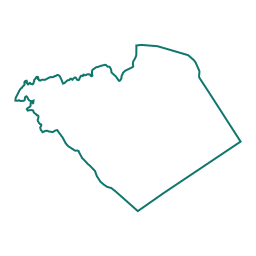 map outline of Homs (Hims) (Equal Earth projection)
{"feature_id": "SYR-139", "entity_name": "Homs (Hims)", "entity_type": "Province", "adm_level": 1, "iso_a3": "SYR", "parent_name": "Syria", "parent_adm1": "", "projection": "equal_earth", "projection_center": [37.187, 34.261], "detail": "fine", "context": "isolated", "style": "outline", "palette": "teal", "viewbox_px": 256, "rotation_deg": 0, "n_neighbors": 0, "source": "natural_earth", "source_scale": "10m", "svg_char_len": 4920}
<svg xmlns="http://www.w3.org/2000/svg" viewBox="0 0 256 256"><path d="M30.8,101.1L29.5,100.6L28.4,99.5L27.1,96.9L26.3,96.3L25.1,97.2L24.9,97.8L24.9,99.2L24.7,99.9L24.2,100.5L23.6,100.8L20.3,101.0L20.0,100.8L19.3,100.3L19.0,100.2L18.7,100.3L18.0,100.7L17.8,100.8L15.4,100.6L15.5,99.8L15.6,98.4L15.7,97.9L19.5,90.4L20.8,88.5L21.0,88.3L21.4,88.2L21.6,88.0L21.9,87.8L22.7,86.5L24.2,85.2L24.3,84.9L24.4,84.7L24.5,84.6L24.5,84.1L24.4,83.4L24.4,83.1L24.4,82.8L24.5,82.1L24.7,81.6L24.8,81.5L25.1,81.2L25.5,81.0L26.6,80.7L26.9,81.4L26.9,81.6L26.7,81.8L26.4,82.3L26.3,82.5L26.5,82.7L26.8,82.9L27.1,83.2L27.6,84.0L27.8,84.3L28.1,84.4L28.3,84.4L28.4,84.2L29.1,83.2L29.4,83.0L29.6,82.9L30.0,82.9L30.2,83.1L30.3,83.2L30.7,83.9L32.4,84.3L32.6,84.3L32.9,84.2L33.0,84.0L33.4,83.4L33.5,83.3L33.5,83.1L33.6,82.5L33.6,82.3L33.7,82.1L34.0,81.7L34.1,81.4L34.2,81.2L34.1,80.7L34.1,80.2L35.5,78.5L35.9,77.7L36.4,77.1L36.5,77.0L36.6,76.9L37.1,76.8L37.3,76.8L37.5,76.8L37.9,77.0L38.0,77.1L38.1,77.3L38.2,77.6L38.1,77.8L38.0,78.0L37.8,78.3L37.7,78.4L37.7,78.6L37.7,78.8L37.8,78.9L37.9,79.0L38.3,79.0L38.5,79.1L38.8,79.3L38.8,79.9L38.9,80.1L39.1,80.3L39.6,80.5L39.9,80.6L40.2,80.6L40.3,80.6L40.5,80.5L41.2,80.0L42.4,79.7L45.1,79.8L49.5,77.4L50.0,77.2L50.1,77.3L50.3,77.3L50.5,77.3L50.9,77.2L51.4,77.1L51.5,77.2L53.4,77.1L53.6,77.0L54.4,76.2L54.7,76.1L55.0,76.0L55.5,76.0L55.8,75.9L56.0,75.8L56.8,75.2L57.2,75.1L57.5,75.0L58.1,75.1L58.8,75.3L59.6,76.1L59.9,76.5L60.0,76.6L61.7,80.3L63.0,83.6L64.2,83.2L64.5,83.0L67.2,80.6L67.6,80.3L68.1,80.2L69.0,80.1L69.3,80.0L69.5,79.9L70.1,79.0L70.3,78.8L70.4,78.7L70.7,78.7L70.8,78.8L71.1,78.8L71.4,79.0L71.5,79.2L71.6,79.3L72.1,79.4L72.5,79.7L72.8,79.2L73.0,78.9L73.3,78.6L74.6,77.6L74.9,77.5L75.2,77.5L75.3,77.5L75.6,77.6L75.8,77.7L76.0,77.9L76.2,78.1L76.5,78.8L76.7,79.3L76.8,79.5L77.1,79.7L77.5,79.9L78.2,80.1L78.4,80.1L78.6,80.1L78.9,79.8L79.2,79.4L79.3,79.3L79.4,79.0L79.6,78.0L79.7,77.9L79.8,77.7L80.2,77.3L80.3,77.2L80.5,76.5L80.5,76.3L80.7,76.1L80.9,75.9L81.0,75.8L81.7,75.8L82.6,76.0L82.8,76.0L82.9,75.9L82.9,75.6L82.9,75.4L83.0,75.2L83.3,74.8L83.5,74.6L83.8,74.6L84.4,75.1L84.9,75.2L85.3,75.3L85.7,75.2L86.1,75.0L86.6,74.6L86.8,74.5L87.0,74.4L87.4,74.4L88.1,74.3L88.4,74.3L88.8,74.4L89.5,74.4L90.0,74.5L90.6,75.6L90.8,75.9L91.0,76.0L91.6,76.2L91.8,76.2L92.0,76.1L92.2,75.9L92.3,75.7L92.4,75.3L92.4,75.2L92.3,74.9L92.0,74.0L92.0,73.7L92.0,71.8L92.1,70.8L92.2,70.6L92.4,70.0L92.5,69.9L92.7,69.7L93.1,69.4L94.2,68.7L95.9,67.4L96.3,67.2L96.6,67.1L97.1,67.1L97.3,67.1L98.1,66.9L100.6,65.9L105.2,64.8L105.4,64.8L105.6,64.8L106.1,65.1L106.4,65.4L107.1,66.2L107.3,66.4L107.5,66.6L107.8,66.6L108.0,66.7L109.1,66.7L109.4,66.8L109.7,67.0L109.8,67.1L110.0,67.4L110.2,67.7L110.3,68.0L110.4,68.3L110.5,68.5L110.8,68.9L110.9,69.1L111.2,70.1L111.3,70.6L111.3,71.3L111.5,72.3L111.6,72.5L111.8,72.8L112.3,73.3L112.6,73.5L115.7,76.3L116.1,76.7L116.6,77.5L118.7,80.5L119.0,80.9L119.4,80.9L119.8,80.7L120.9,79.4L121.0,79.2L121.1,78.7L121.3,78.4L121.4,78.0L121.4,77.9L121.5,77.6L121.5,77.3L121.5,76.5L121.5,76.4L121.8,75.7L122.1,75.0L122.1,74.9L122.5,74.4L122.6,74.2L122.7,73.4L122.9,73.0L124.4,71.4L125.3,70.7L132.6,67.1L133.0,66.8L133.2,66.4L132.9,64.0L132.9,63.4L133.0,62.7L133.1,62.1L133.4,61.3L133.6,60.8L134.9,58.7L135.4,57.6L136.0,56.1L136.3,54.9L136.4,46.7L136.3,45.5L141.2,44.9L157.4,46.2L188.2,55.2L193.8,60.1L195.6,62.5L199.2,70.6L199.4,71.3L199.4,72.0L199.1,76.2L199.1,77.0L199.4,77.7L199.6,78.1L208.9,92.3L240.6,141.6L163.3,193.3L149.7,202.8L137.8,211.1L115.0,190.9L113.3,189.7L111.9,188.5L111.6,188.2L111.1,187.9L110.9,187.9L109.9,187.7L109.4,187.5L107.3,186.9L106.4,186.4L105.9,186.0L104.3,185.0L100.5,181.8L96.8,176.1L96.5,175.1L96.3,174.7L95.9,173.6L95.8,173.4L95.7,172.9L95.2,171.5L94.9,170.9L89.5,165.3L88.9,164.9L88.0,164.2L83.5,159.3L82.7,158.7L82.3,158.3L79.4,153.0L79.2,152.6L78.8,151.7L78.8,151.4L78.7,151.3L78.7,151.2L78.3,150.9L77.2,150.5L76.1,150.7L75.6,150.7L75.3,150.6L74.7,150.4L69.3,146.9L68.9,146.7L68.3,146.2L66.4,144.3L66.2,143.8L66.0,143.5L65.6,143.2L65.4,142.8L65.3,142.6L64.7,141.4L64.6,141.2L64.2,140.5L64.1,140.4L63.8,139.7L63.0,138.3L62.6,137.5L62.3,137.0L61.3,135.9L60.5,134.5L59.7,133.7L58.5,132.0L58.3,131.7L57.6,130.4L57.3,130.1L57.0,130.1L56.6,130.2L54.9,130.7L53.0,132.0L52.8,132.0L52.4,132.0L48.4,131.4L47.4,130.8L47.2,130.8L45.9,130.8L45.0,131.0L43.6,131.8L42.5,132.2L42.2,131.5L40.9,130.0L40.5,128.9L40.2,127.5L40.7,126.6L41.2,125.8L41.3,124.8L41.0,124.3L40.7,124.2L40.3,124.2L39.9,124.0L39.3,123.3L38.1,121.4L37.8,120.9L37.7,120.3L37.7,119.7L37.9,119.3L38.1,119.0L38.2,118.4L38.4,117.2L38.5,116.4L38.2,115.8L37.3,115.1L36.9,115.2L36.5,114.9L35.7,113.9L34.8,113.4L34.0,112.7L33.5,111.8L33.1,110.5L32.4,110.2L30.8,110.1L29.2,110.2L28.0,110.6L27.8,110.6L27.7,110.6L26.8,109.1L27.8,108.0L29.3,107.1L30.4,106.2L30.6,105.0L30.6,103.9L30.7,103.0L31.5,102.5L32.3,102.7L32.9,103.3L33.3,102.9L33.5,100.6L32.2,101.1L30.8,101.1Z" fill="none" stroke="#0f766e" stroke-width="2"/></svg>